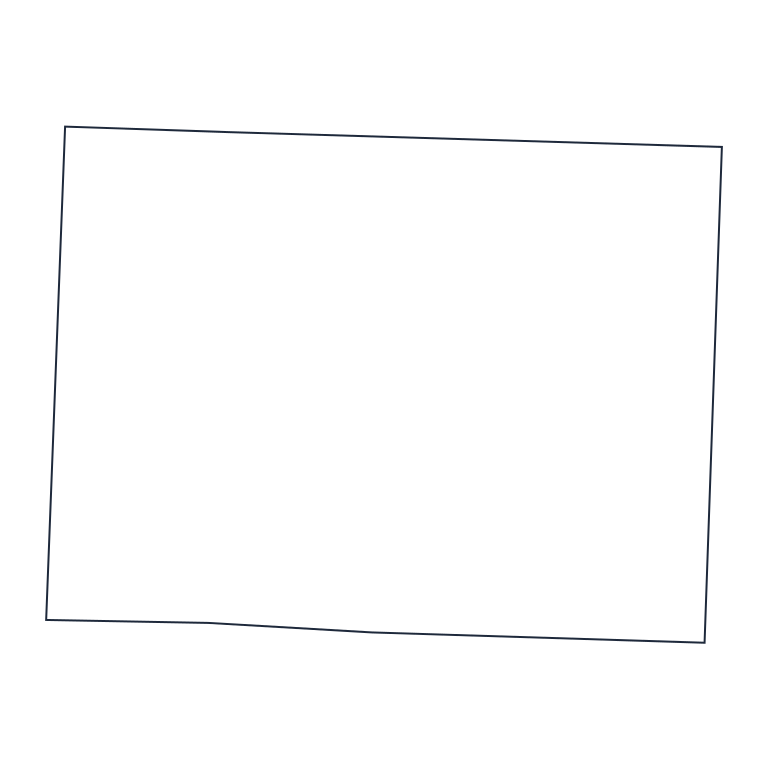 outline of Jefferson, Iowa, United States of America, rotated 182°
{"feature_id": "52423323B65380617817851", "entity_name": "Jefferson", "entity_type": "district", "adm_level": 2, "iso_a3": "USA", "parent_name": "United States of America", "parent_adm1": "Iowa", "projection": "orthographic", "projection_center": [-91.948, 41.032], "detail": "fine", "context": "isolated", "style": "outline", "palette": "slate", "viewbox_px": 768, "rotation_deg": 182, "n_neighbors": 0, "source": "geoboundaries", "source_scale": "gbopen_adm2", "svg_char_len": 259}
<svg xmlns="http://www.w3.org/2000/svg" viewBox="0 0 768 768"><g transform="rotate(182 384 384)"><path d="M54.6,136.6L54.6,632.7L548.3,630.3L711.7,630.1L713.4,136.4L551.1,139.1L387.5,135.3L54.6,136.6Z" fill="none" stroke="#1e293b" stroke-width="2"/></g></svg>